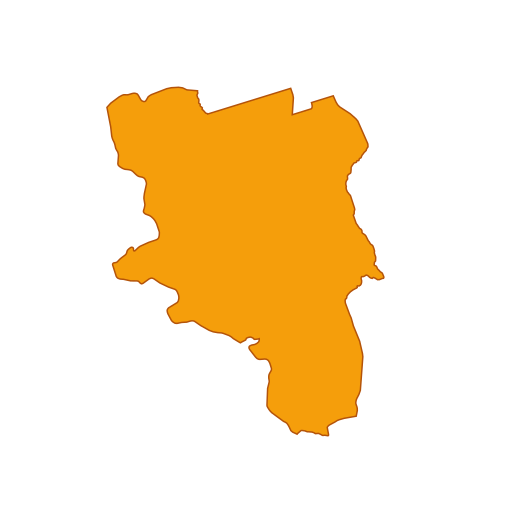 map outline of Kasaï-Occidental (orthographic projection), rotated 163°
{"feature_id": "COD-1872", "entity_name": "Kasaï-Occidental", "entity_type": "Province", "adm_level": 1, "iso_a3": "COD", "parent_name": "Democratic Republic of the Congo", "parent_adm1": "", "projection": "orthographic", "projection_center": [21.465, -5.12], "detail": "fine", "context": "isolated", "style": "filled", "palette": "amber", "viewbox_px": 512, "rotation_deg": 163, "n_neighbors": 0, "source": "natural_earth", "source_scale": "10m", "svg_char_len": 6121}
<svg xmlns="http://www.w3.org/2000/svg" viewBox="0 0 512 512"><g transform="rotate(163 256 256)"><path d="M173.8,406.2L173.6,399.5L174.0,396.3L180.0,380.5L160.7,380.6L159.9,380.7L159.3,381.2L158.7,382.2L158.4,383.2L158.1,385.5L158.1,386.5L135.3,386.6L134.5,379.9L133.8,377.0L133.3,375.8L132.2,373.9L124.4,364.6L120.4,358.1L119.2,355.2L116.3,330.9L116.4,329.9L117.0,327.6L118.1,326.8L119.3,325.6L119.8,324.7L121.7,323.7L122.4,323.4L123.4,322.5L124.6,321.8L125.5,321.0L126.8,319.3L128.3,319.0L128.9,318.6L129.7,317.3L129.9,317.2L130.4,317.3L131.4,317.6L131.8,317.3L132.5,316.4L133.1,316.2L134.7,316.3L135.1,316.3L135.4,316.1L136.4,315.3L137.7,314.4L138.1,313.9L139.0,313.1L139.2,312.7L139.9,310.4L140.2,309.9L140.7,308.5L141.3,307.7L141.7,307.5L143.6,307.0L144.7,306.3L145.2,305.8L145.9,302.8L146.5,302.3L147.3,301.7L148.0,300.9L148.7,299.7L149.2,298.1L149.3,296.0L149.9,294.9L150.0,294.2L150.1,292.8L149.8,290.3L149.3,289.4L149.0,288.3L148.2,286.7L148.0,286.0L147.8,272.9L148.0,271.5L149.0,270.0L149.8,267.6L150.7,267.0L151.0,266.6L151.0,266.3L150.7,258.4L150.7,257.9L149.8,255.4L149.7,254.6L149.3,253.6L149.0,252.5L148.7,251.9L147.9,251.2L147.5,250.3L147.3,249.4L147.5,248.3L147.7,247.6L147.7,247.2L147.6,246.8L145.7,244.5L145.2,243.5L145.0,242.8L144.2,237.9L143.6,236.5L143.2,234.6L142.9,233.9L142.5,233.3L141.6,232.3L141.3,231.5L141.1,228.9L141.2,226.2L141.3,225.8L141.6,225.3L141.9,224.5L142.0,222.1L141.8,220.7L142.0,219.4L143.0,216.6L143.2,216.2L144.3,215.6L144.6,215.3L145.5,213.3L145.6,212.9L145.1,212.1L144.1,211.3L143.9,211.0L143.7,210.0L143.5,208.0L142.6,206.5L141.7,204.5L140.6,203.3L140.4,202.9L140.2,202.4L139.9,199.5L139.9,198.4L140.0,198.1L140.6,197.4L141.3,197.6L144.9,197.3L146.7,197.8L148.8,200.2L150.2,201.2L151.4,200.6L152.7,201.4L153.5,202.3L154.7,204.4L155.8,205.4L156.7,205.5L157.7,205.1L159.2,204.9L160.2,205.1L160.7,205.4L161.1,205.3L161.8,204.4L162.1,203.7L162.2,201.5L162.7,200.0L163.5,198.6L164.7,197.6L166.3,197.2L167.5,197.8L168.0,197.7L168.2,197.4L168.4,196.3L169.3,195.9L170.3,195.8L173.2,195.2L176.1,194.2L178.8,192.7L180.8,191.1L181.5,189.5L182.0,188.9L182.9,188.7L183.1,188.5L183.8,187.4L184.1,186.0L184.3,184.8L183.6,172.9L183.1,168.9L183.3,160.6L181.8,144.2L182.7,131.6L183.3,128.4L195.5,97.0L198.1,93.5L201.4,90.1L202.3,88.9L203.2,87.2L203.6,86.1L203.7,85.1L203.6,82.4L203.7,80.8L204.0,79.7L204.3,78.6L207.0,73.5L219.1,75.0L224.3,75.1L226.5,74.9L228.9,74.2L235.4,72.9L237.1,72.1L238.0,71.3L238.8,64.2L239.1,63.3L239.4,63.1L239.8,63.1L242.7,64.5L244.3,64.8L245.0,65.1L246.1,66.3L247.6,67.7L248.2,68.1L248.6,68.2L251.0,68.7L251.3,68.9L252.1,69.9L253.8,71.2L256.8,72.4L257.8,72.7L258.5,73.0L260.4,74.5L263.0,75.7L264.0,75.9L268.1,74.1L268.8,73.6L272.4,76.8L273.7,78.8L274.3,83.1L274.7,84.9L275.3,86.8L275.8,87.6L276.5,88.4L278.0,89.8L286.7,101.5L287.7,103.4L288.5,105.6L289.1,107.9L289.3,109.1L289.1,110.2L283.6,126.0L280.2,131.7L279.9,132.6L279.5,135.4L279.2,136.5L278.8,137.6L278.3,138.6L277.5,139.6L275.0,142.0L274.5,142.7L274.1,144.0L274.1,149.2L274.4,151.1L274.8,152.5L275.3,153.2L276.2,154.2L277.7,154.9L282.6,156.0L283.5,156.4L284.2,156.9L285.0,157.7L286.0,159.5L289.4,168.4L289.6,169.7L289.4,170.8L288.9,171.5L288.0,171.9L286.2,172.1L283.5,171.8L282.6,171.8L281.0,172.1L280.1,172.4L279.2,172.8L278.4,173.3L277.8,174.1L277.4,174.9L277.1,176.0L278.3,176.0L281.5,176.6L282.2,177.0L282.5,177.9L283.3,178.8L284.2,179.6L285.0,180.1L286.1,180.3L287.7,180.4L289.2,180.1L290.5,178.7L295.5,177.8L296.1,177.5L296.8,178.0L301.8,183.6L303.3,185.9L305.0,187.8L310.1,191.7L311.4,192.5L315.0,193.9L319.1,196.0L322.5,198.6L329.1,205.5L333.7,211.3L334.5,212.0L335.2,212.4L336.5,212.8L338.2,213.0L341.5,213.0L346.5,214.2L351.0,214.6L352.0,214.9L353.1,215.4L354.5,216.9L355.2,218.0L355.7,219.0L357.1,226.2L357.2,227.8L357.0,229.5L356.7,230.3L356.0,231.1L355.2,231.7L354.4,232.1L345.0,234.5L344.0,235.2L343.4,235.8L342.1,238.2L341.7,239.7L341.5,241.4L341.8,244.6L342.1,246.0L342.5,246.9L343.2,247.8L348.8,251.9L355.8,258.3L360.2,263.9L361.2,264.8L362.1,265.3L362.9,265.5L364.6,265.4L365.6,265.1L372.0,262.9L372.9,262.8L373.7,262.9L374.3,263.5L374.9,264.4L375.4,265.6L376.1,266.4L377.0,266.9L383.2,268.9L389.4,272.4L392.2,273.5L393.3,274.1L394.8,275.4L395.3,276.4L395.6,277.4L395.7,289.5L395.4,290.3L394.8,290.8L394.1,291.0L391.7,290.7L390.9,290.8L390.1,291.1L387.3,292.7L385.5,293.5L380.8,295.2L380.0,295.6L379.3,296.2L378.9,296.7L378.0,298.1L377.4,298.9L376.6,299.4L375.7,299.9L373.9,300.6L373.0,300.8L372.1,300.7L371.2,300.0L371.0,299.2L371.4,297.4L371.4,296.8L370.9,296.4L370.2,296.4L365.8,298.6L363.9,299.2L354.6,300.4L347.4,300.6L345.7,300.8L344.5,301.3L344.0,301.7L343.4,302.4L342.5,304.0L341.6,306.5L341.4,307.4L341.6,316.0L342.3,319.4L343.1,321.5L344.0,323.1L344.8,324.4L346.0,325.8L349.5,328.5L350.4,329.9L350.7,331.0L350.5,331.9L349.9,332.9L349.1,334.0L347.6,336.7L347.2,337.7L346.4,343.6L345.8,345.4L344.4,348.5L339.8,356.7L339.5,357.8L339.4,359.1L339.5,361.0L339.8,362.3L340.3,363.3L341.0,364.0L341.7,364.6L344.6,366.2L345.9,367.4L347.1,369.3L349.0,372.8L349.6,373.6L350.3,374.4L351.1,375.0L353.0,376.0L355.6,377.1L356.5,377.6L358.1,378.9L360.1,381.2L360.5,381.8L361.1,382.9L361.2,383.8L361.1,384.7L358.1,392.4L357.9,393.4L357.8,394.5L357.8,396.0L358.3,397.8L358.7,400.0L358.4,403.6L358.4,405.9L358.9,408.9L359.0,411.0L358.9,412.9L357.2,421.9L355.1,441.7L350.3,444.6L340.3,448.2L337.2,448.8L335.7,448.9L334.4,448.6L332.1,447.8L330.8,447.6L327.2,447.6L325.9,447.5L325.0,447.3L324.1,447.0L323.3,446.5L322.4,445.9L322.1,445.4L321.6,444.2L320.6,439.6L320.3,438.7L319.8,437.8L319.0,437.1L318.0,436.4L317.0,436.3L316.4,436.4L315.7,436.9L312.5,439.8L310.9,440.4L308.9,440.9L292.5,442.1L287.8,441.7L280.8,440.0L277.3,438.4L276.5,437.8L273.9,435.4L273.1,434.9L263.6,431.1L263.9,430.2L264.0,428.9L264.2,428.5L265.2,427.5L265.5,426.9L265.5,424.3L265.3,423.6L264.9,422.8L265.0,422.0L265.2,421.2L265.8,419.8L266.0,418.9L265.8,418.5L265.1,417.8L265.0,417.4L265.1,417.1L265.4,416.5L265.5,416.0L265.3,415.2L264.4,414.2L264.0,413.4L264.5,412.5L264.7,411.9L263.9,410.9L262.4,407.5L261.9,407.0L261.0,406.5L260.7,406.2L260.7,405.9L173.8,406.2Z" fill="#f59e0b" stroke="#b45309" stroke-width="1.5"/></g></svg>